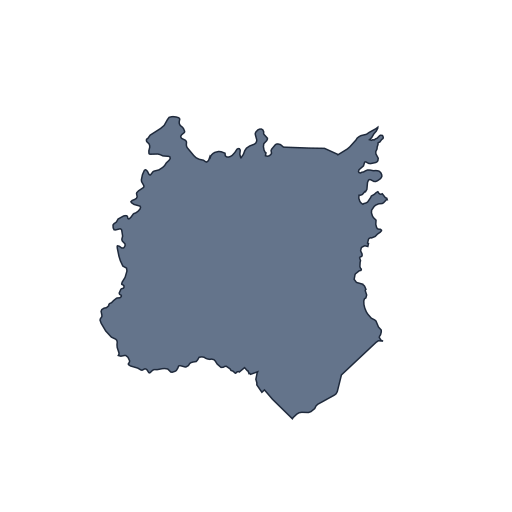 outline of Ryde, New South Wales, Australia, rotated 242°
{"feature_id": "25037944B17324059091414", "entity_name": "Ryde", "entity_type": "district", "adm_level": 2, "iso_a3": "AUS", "parent_name": "Australia", "parent_adm1": "New South Wales", "projection": "mercator", "projection_center": [151.114, -33.801], "detail": "fine", "context": "isolated", "style": "filled", "palette": "slate", "viewbox_px": 512, "rotation_deg": 242, "n_neighbors": 0, "source": "geoboundaries", "source_scale": "gbopen_adm2", "svg_char_len": 6129}
<svg xmlns="http://www.w3.org/2000/svg" viewBox="0 0 512 512"><g transform="rotate(242 256 256)"><path d="M206.8,106.3L203.5,106.6L202.9,106.9L202.7,107.7L203.6,110.9L203.6,112.6L202.0,115.5L200.6,120.1L199.6,122.4L197.7,125.0L193.5,126.3L192.7,127.5L192.2,130.4L192.3,131.9L193.9,134.6L195.0,135.7L195.2,136.4L194.7,137.7L191.3,141.3L190.9,142.1L191.0,144.9L192.1,146.8L192.4,148.2L192.0,150.5L190.9,153.7L191.7,155.7L193.3,158.2L192.4,160.8L190.9,162.7L189.5,163.4L188.0,164.7L186.4,166.7L185.9,168.3L184.2,170.2L182.5,170.7L178.8,171.0L174.1,172.8L173.4,174.2L173.1,175.2L173.2,176.6L172.6,178.0L168.5,180.1L166.7,180.2L165.2,181.6L162.2,182.7L162.1,183.3L162.6,185.1L162.0,186.5L161.4,186.8L162.8,193.5L158.6,194.5L158.3,195.0L155.4,194.6L155.3,195.4L154.1,195.6L153.0,203.1L152.1,202.0L147.2,198.0L143.6,197.2L141.8,196.2L132.9,197.2L133.8,200.6L121.7,203.3L95.2,211.7L95.9,212.9L97.2,217.6L97.4,220.3L96.6,222.9L93.2,228.8L92.8,231.4L93.7,236.2L95.4,238.5L96.1,240.9L96.4,260.1L96.7,261.9L98.1,264.1L110.9,275.6L123.4,321.5L123.7,324.3L121.2,328.2L123.0,326.8L126.3,326.6L127.3,327.6L128.0,329.0L130.2,331.0L131.8,331.8L135.8,330.8L142.3,331.4L143.8,330.8L147.0,328.6L152.2,327.4L155.0,327.2L159.0,327.6L162.5,328.5L165.8,330.1L167.3,331.7L167.4,333.3L169.6,335.4L174.2,336.2L174.7,336.7L174.9,337.4L178.3,337.7L179.3,337.5L180.3,337.0L180.9,337.1L185.5,332.3L189.3,331.7L193.1,334.7L193.6,335.5L194.5,340.3L194.0,341.8L194.4,342.5L195.0,342.8L196.4,342.5L198.0,342.8L201.6,345.0L202.8,346.1L205.7,346.6L206.3,347.6L206.0,349.1L206.6,349.9L208.0,350.6L211.5,350.8L213.7,352.7L214.1,353.8L214.0,356.9L211.9,359.2L214.2,361.2L215.0,360.5L217.9,363.1L218.4,364.0L218.3,366.0L217.7,366.5L217.3,370.4L218.3,373.5L218.7,376.9L219.4,378.7L219.9,378.9L221.2,378.4L222.1,376.9L223.1,376.0L224.7,375.9L227.7,376.6L231.3,378.8L234.8,377.7L236.7,377.6L239.9,378.2L242.2,379.6L244.3,383.6L244.7,385.5L244.5,388.8L243.1,392.0L243.1,393.5L244.5,397.7L244.1,398.3L245.6,398.6L246.8,397.6L251.7,396.7L251.8,395.3L252.4,394.6L253.6,393.9L255.2,393.9L255.6,393.7L255.5,391.7L254.9,389.5L254.8,386.0L253.8,384.7L251.2,379.8L251.2,377.7L251.7,375.8L251.5,374.7L253.1,373.8L255.3,373.3L258.8,373.9L261.3,375.5L260.6,377.0L260.4,378.8L261.8,382.4L261.3,382.8L262.8,385.2L268.6,389.0L270.2,391.0L270.2,392.0L269.6,393.0L266.5,395.1L265.6,396.6L265.4,398.5L265.8,401.9L266.2,403.0L267.1,404.4L268.5,405.1L270.7,405.3L272.8,404.7L273.9,403.7L275.2,401.9L276.1,399.8L278.3,397.1L279.6,394.8L279.8,392.4L279.7,390.4L280.3,388.7L280.2,387.3L281.3,386.1L282.6,386.2L283.8,387.5L285.1,393.2L287.6,395.7L287.9,396.6L287.5,397.2L284.9,398.9L283.8,400.5L282.3,405.7L282.4,407.3L282.9,408.3L284.9,409.8L289.9,409.8L291.9,410.7L293.7,413.1L295.4,414.2L297.2,416.1L298.5,416.8L298.7,417.3L298.5,418.8L299.8,421.5L300.1,423.3L300.9,424.0L302.3,424.3L303.2,424.1L304.2,422.6L304.2,421.7L303.1,418.2L303.3,416.5L303.0,415.0L303.9,413.4L303.9,412.3L305.4,410.8L306.2,413.7L308.5,417.4L309.8,420.8L311.7,423.5L312.5,424.0L312.1,421.7L312.0,414.0L311.6,410.7L313.0,405.2L313.0,403.1L312.6,400.7L311.5,398.8L308.3,390.0L307.6,386.8L306.9,375.8L307.6,375.7L318.9,367.0L326.2,353.8L339.2,331.4L342.9,329.9L344.7,327.9L345.2,326.6L345.2,325.4L343.0,320.0L342.0,318.8L339.5,318.0L338.6,316.7L338.3,314.5L338.7,312.9L340.1,311.4L342.2,313.1L342.3,312.8L345.7,312.8L349.1,313.9L351.5,315.6L352.8,319.5L353.6,320.7L354.6,321.4L359.7,320.1L360.5,320.2L362.0,321.1L364.2,321.2L365.6,320.3L366.3,318.9L366.5,317.0L365.6,314.2L364.6,312.9L363.5,312.4L358.2,311.2L357.1,310.5L355.9,309.0L355.5,307.2L356.1,302.1L355.7,298.2L354.3,295.6L351.6,292.5L349.7,288.9L349.8,288.7L350.8,288.8L353.5,289.5L356.4,291.5L357.2,291.8L358.5,291.7L359.2,290.7L359.2,289.3L357.3,285.9L356.0,282.2L355.9,280.0L356.3,278.0L357.3,276.6L358.9,275.9L361.3,276.9L364.3,274.3L365.8,272.2L366.8,268.3L366.7,266.3L366.2,264.4L365.5,263.0L364.5,261.9L365.4,262.0L362.9,259.3L362.3,258.0L362.1,256.5L363.3,255.5L365.2,254.6L368.1,251.2L370.9,249.2L373.9,248.2L384.0,246.1L385.4,246.2L386.7,246.6L389.2,248.1L390.3,248.2L391.3,248.0L394.7,245.6L395.6,245.4L396.8,245.6L397.5,246.4L398.0,247.4L398.7,250.8L399.5,251.5L402.5,251.8L404.2,251.5L406.8,250.4L408.8,250.4L410.4,251.1L412.6,252.9L413.4,253.0L414.4,252.6L416.2,250.8L418.0,248.2L418.6,246.8L419.2,244.4L418.1,242.0L414.4,236.2L413.4,231.6L412.4,219.3L410.6,215.7L410.5,214.3L409.8,213.6L408.4,213.2L405.2,214.2L403.6,214.0L402.0,213.3L399.2,210.8L397.0,209.7L396.2,209.7L395.6,210.3L392.2,217.1L390.6,218.9L388.1,220.8L384.9,225.8L383.9,226.5L382.4,226.1L381.3,224.2L380.3,220.5L378.7,217.7L378.0,215.2L377.6,210.7L378.8,205.8L378.8,204.7L377.1,200.9L377.5,200.2L378.6,199.8L381.7,199.9L383.4,199.4L384.1,198.8L384.0,197.6L381.1,193.9L377.0,190.5L375.3,189.9L370.9,190.0L369.7,189.5L369.3,188.7L368.7,182.9L367.9,180.5L367.2,179.8L364.1,178.9L363.0,177.4L362.9,175.4L363.2,172.7L362.6,171.0L361.2,171.2L358.8,172.5L354.5,177.0L353.3,177.0L352.0,175.8L350.9,173.0L350.5,170.0L350.8,168.3L350.7,167.4L349.0,163.9L348.4,161.9L348.6,160.9L349.3,160.5L351.0,161.0L352.2,160.8L353.0,159.5L353.5,157.9L353.4,151.6L351.5,148.6L351.2,145.8L350.5,144.3L347.9,143.1L345.8,143.0L345.0,144.1L343.8,148.9L343.0,149.4L342.0,149.6L336.2,147.6L333.9,145.5L332.9,145.1L331.9,145.0L328.3,146.0L326.7,145.4L325.4,143.5L325.3,142.7L326.2,141.1L328.6,140.0L330.0,138.6L329.9,138.1L328.3,137.3L320.2,134.9L315.5,134.0L309.6,133.7L306.1,136.0L303.3,135.0L298.6,130.4L295.8,125.6L294.4,124.3L293.9,124.2L292.9,125.0L291.7,125.4L290.3,124.7L289.8,123.9L290.2,121.9L290.0,121.0L287.5,117.8L286.2,117.6L284.5,118.6L283.4,118.0L283.0,116.2L284.1,113.7L284.2,113.0L283.5,109.3L282.6,106.5L282.7,104.3L282.3,103.4L281.2,102.5L280.7,100.3L280.6,99.5L281.3,97.4L281.1,94.7L279.8,93.2L276.2,92.2L274.8,91.4L273.7,89.2L272.6,88.2L269.3,87.7L260.3,88.1L252.3,90.2L248.5,93.0L247.0,93.5L245.2,93.1L242.9,91.6L240.4,90.5L234.7,89.5L233.6,88.9L232.8,87.7L231.0,89.6L229.8,93.5L229.2,94.4L226.6,95.4L222.7,95.2L221.7,94.4L220.6,92.5L219.5,92.6L217.8,93.6L212.6,98.9L209.1,101.1L208.6,102.1L208.6,104.7L208.2,105.5L206.8,106.3Z" fill="#64748b" stroke="#1e293b" stroke-width="1.5"/></g></svg>